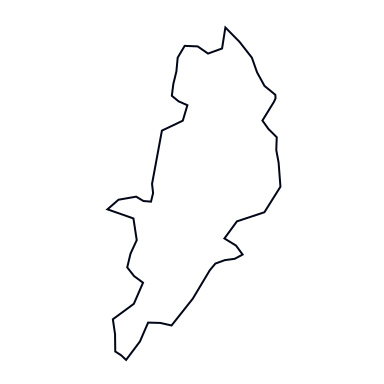 SVG path tracing the border of Ialoveni, rotated 264°
{"feature_id": "MDA-1640", "entity_name": "Ialoveni", "entity_type": "District", "adm_level": 1, "iso_a3": "MDA", "parent_name": "Moldova", "parent_adm1": "", "projection": "natural_earth1", "projection_center": [28.789, 46.926], "detail": "fine", "context": "isolated", "style": "outline", "palette": "ink", "viewbox_px": 384, "rotation_deg": 264, "n_neighbors": 0, "source": "natural_earth", "source_scale": "10m", "svg_char_len": 874}
<svg xmlns="http://www.w3.org/2000/svg" viewBox="0 0 384 384"><g transform="rotate(264 192 192)"><path d="M124.5,235.8L121.1,227.5L120.8,217.5L118.4,207.8L112.3,201.5L85.8,181.6L61.4,157.7L65.1,146.8L66.7,134.7L48.8,124.6L31.9,108.9L37.1,104.4L41.4,99.0L58.5,100.6L73.7,100.0L86.9,122.5L106.9,133.8L114.4,125.6L123.8,119.7L137.1,124.4L149.9,132.0L171.8,131.0L183.6,106.1L192.0,118.1L193.2,136.0L188.1,142.8L186.7,150.2L195.0,153.2L204.2,153.1L256.2,168.5L263.9,190.3L278.8,196.5L283.6,188.1L289.8,182.0L301.3,184.7L313.6,189.1L327.1,191.8L338.1,200.0L336.2,212.9L328.0,222.4L331.6,236.9L352.1,242.4L336.3,255.0L319.3,265.6L304.2,269.2L289.9,275.2L280.0,285.0L276.5,284.9L273.2,283.0L255.7,269.5L246.7,274.6L237.6,282.0L224.9,280.2L212.2,281.2L188.0,280.5L164.3,261.9L158.1,233.6L142.4,219.4L134.1,230.2L124.5,235.8Z" fill="none" stroke="#020617" stroke-width="2"/></g></svg>